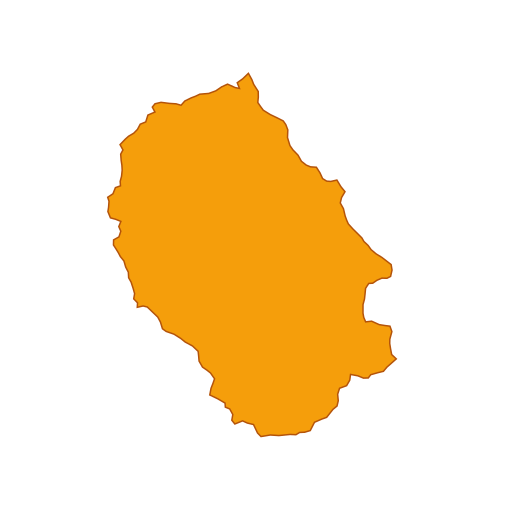 Pariquera-Açu, São Paulo, Brazil, rotated 297°
{"feature_id": "56859067B89497836520206", "entity_name": "Pariquera-Açu", "entity_type": "district", "adm_level": 2, "iso_a3": "BRA", "parent_name": "Brazil", "parent_adm1": "São Paulo", "projection": "albers", "projection_center": [-47.849, -24.682], "detail": "fine", "context": "isolated", "style": "filled", "palette": "amber", "viewbox_px": 512, "rotation_deg": 297, "n_neighbors": 0, "source": "geoboundaries", "source_scale": "gbopen_adm2", "svg_char_len": 2454}
<svg xmlns="http://www.w3.org/2000/svg" viewBox="0 0 512 512"><g transform="rotate(297 256 256)"><path d="M277.0,368.3L282.7,368.9L284.8,372.4L289.3,374.8L293.4,378.2L295.6,382.8L298.9,385.2L305.2,383.6L309.7,380.3L310.9,374.1L311.9,368.7L312.4,362.2L313.9,355.7L316.3,351.1L317.9,345.6L320.2,342.1L321.8,337.2L324.1,330.0L326.5,323.7L329.1,320.5L332.2,317.2L337.9,312.4L341.5,307.0L346.9,305.7L353.7,306.1L356.3,300.2L360.4,293.6L356.4,288.8L354.8,285.0L355.2,280.2L359.1,275.3L362.5,269.5L360.2,264.1L359.8,259.5L361.0,253.5L364.9,247.7L367.4,240.5L369.8,236.1L375.8,230.3L382.8,227.1L386.6,222.9L388.7,219.0L388.7,212.3L388.5,204.4L389.2,196.3L391.2,192.3L393.6,187.9L398.5,186.0L403.6,183.3L407.9,176.0L411.3,172.2L415.3,166.3L407.8,163.7L401.9,160.6L397.8,165.2L396.6,160.9L396.2,152.6L391.1,148.6L384.9,145.2L379.4,140.1L374.7,132.5L370.8,129.5L367.4,126.4L361.8,122.2L356.3,120.8L355.3,115.7L352.6,109.4L349.8,101.6L345.8,96.9L341.6,96.0L338.4,100.6L332.5,95.7L325.4,96.9L320.9,93.0L315.0,92.9L309.9,91.3L304.9,88.1L300.8,86.5L293.5,84.3L290.1,89.3L285.3,89.2L279.9,92.5L276.0,95.3L271.7,97.8L266.0,100.0L260.8,101.1L257.0,103.4L253.1,99.7L246.5,100.3L241.0,97.2L238.0,100.2L232.5,102.5L228.3,103.9L223.9,109.0L225.0,114.3L225.5,119.9L219.9,120.4L216.7,124.3L210.8,125.2L205.7,121.8L201.1,124.0L198.6,128.3L196.4,131.9L193.9,135.4L191.6,140.6L187.0,144.9L183.6,149.6L178.8,152.4L176.0,156.6L171.4,161.2L167.4,164.9L162.3,166.5L160.5,171.7L156.4,173.5L160.2,178.1L161.2,182.3L158.9,189.9L157.0,196.2L153.7,200.9L148.7,205.7L148.0,210.2L149.1,218.3L148.4,226.3L147.2,231.9L147.0,240.3L144.8,247.7L141.3,250.0L136.5,253.0L132.7,258.8L132.0,264.2L131.1,268.6L127.8,274.8L122.9,275.5L117.7,276.0L111.2,277.9L111.4,286.9L110.9,295.2L107.4,297.3L107.8,302.0L104.2,307.3L98.7,309.0L96.7,313.4L103.0,318.9L103.2,324.0L104.7,330.3L99.0,337.7L97.4,342.4L100.1,346.1L103.0,350.0L106.4,357.9L108.9,361.8L112.5,367.4L114.9,372.7L118.6,375.0L121.1,379.4L125.1,383.6L134.4,383.6L140.6,388.7L144.3,392.2L148.8,393.1L154.3,394.2L159.1,396.3L164.4,395.0L169.9,391.5L176.1,390.5L181.6,395.6L187.9,395.9L193.4,394.0L195.5,401.2L196.0,407.2L198.3,411.4L202.3,412.1L207.3,417.5L211.1,421.9L216.4,423.1L228.0,427.7L229.8,421.6L234.3,418.1L238.7,414.9L242.6,413.0L250.3,411.4L254.3,407.2L252.7,402.8L250.8,397.0L250.4,388.6L247.1,383.6L250.2,379.9L253.6,377.3L261.3,373.4L266.9,372.2L271.4,370.5L277.0,368.3Z" fill="#f59e0b" stroke="#b45309" stroke-width="1.5"/></g></svg>